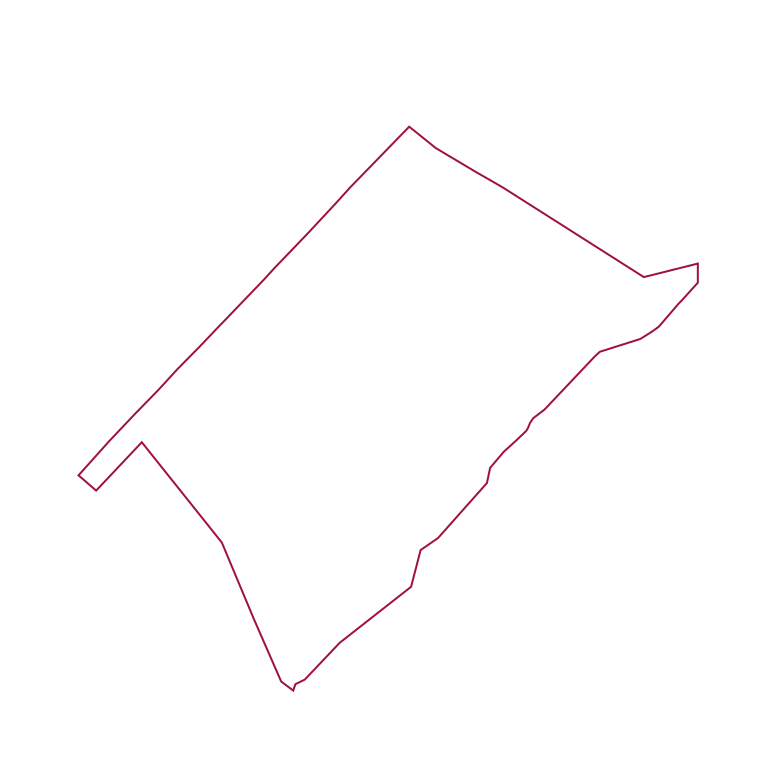 Dutchess, New York, United States of America (Mercator projection), rotated 220°
{"feature_id": "52423323B41588458909272", "entity_name": "Dutchess", "entity_type": "district", "adm_level": 2, "iso_a3": "USA", "parent_name": "United States of America", "parent_adm1": "New York", "projection": "mercator", "projection_center": [-73.759, 41.759], "detail": "fine", "context": "isolated", "style": "outline", "palette": "rose", "viewbox_px": 768, "rotation_deg": 220, "n_neighbors": 0, "source": "geoboundaries", "source_scale": "gbopen_adm2", "svg_char_len": 823}
<svg xmlns="http://www.w3.org/2000/svg" viewBox="0 0 768 768"><g transform="rotate(220 384 384)"><path d="M552.8,117.6L536.0,117.3L532.1,183.7L406.3,158.3L332.6,120.3L271.5,90.0L256.5,90.8L258.9,97.1L254.7,106.6L251.6,157.3L232.9,246.1L249.2,280.3L243.6,300.8L241.5,374.3L244.9,380.7L248.8,388.0L248.7,406.1L248.7,409.1L246.4,425.7L244.9,439.6L245.5,443.1L247.1,448.0L247.7,453.7L244.6,467.7L240.3,539.9L239.4,547.4L216.6,583.3L212.1,597.4L210.3,604.7L210.0,633.9L209.6,639.9L208.7,663.3L221.0,678.0L253.7,632.9L418.8,611.0L432.0,608.7L449.6,605.5L496.0,598.0L530.1,597.3L536.3,512.6L537.0,493.0L538.2,469.6L539.2,450.5L542.5,401.5L543.1,386.2L543.2,385.2L547.2,325.5L547.3,325.0L549.3,293.4L551.8,262.3L553.0,234.8L555.5,201.6L557.8,163.3L559.3,117.6L552.8,117.6Z" fill="none" stroke="#9f1239" stroke-width="2"/></g></svg>